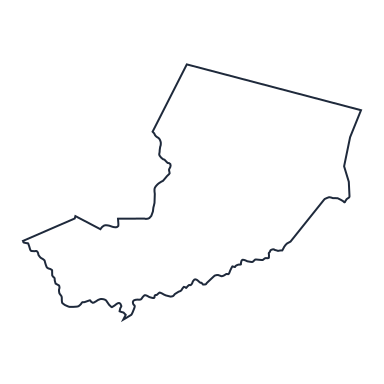 San Marcos de Caiquin, Lempira, Honduras (Natural Earth projection)
{"feature_id": "27666195B28555901802935", "entity_name": "San Marcos de Caiquin", "entity_type": "district", "adm_level": 2, "iso_a3": "HND", "parent_name": "Honduras", "parent_adm1": "Lempira", "projection": "natural_earth1", "projection_center": [-88.626, 14.387], "detail": "fine", "context": "isolated", "style": "outline", "palette": "slate", "viewbox_px": 384, "rotation_deg": 0, "n_neighbors": 0, "source": "geoboundaries", "source_scale": "gbopen_adm2", "svg_char_len": 5893}
<svg xmlns="http://www.w3.org/2000/svg" viewBox="0 0 384 384"><path d="M186.8,64.4L152.6,131.7L154.2,133.4L155.0,135.1L155.9,136.2L156.9,137.0L158.4,137.9L159.2,138.7L159.8,139.6L160.3,140.8L160.6,141.7L160.8,142.6L160.8,144.1L160.6,145.6L160.2,146.7L159.7,150.1L159.6,152.0L159.2,154.2L159.5,155.5L161.1,157.6L163.0,159.2L164.5,159.7L166.2,161.5L167.6,162.9L169.2,163.2L170.3,164.1L170.6,165.6L170.3,167.0L169.2,169.1L169.0,169.9L169.2,171.0L169.5,172.4L169.6,173.3L169.0,174.2L166.9,176.2L166.0,177.3L163.8,179.9L162.8,181.0L161.6,181.5L160.2,182.4L158.8,183.3L157.5,184.4L156.5,185.5L155.8,186.3L154.9,187.7L154.5,189.1L154.5,191.3L154.8,194.0L154.5,202.9L153.9,205.6L153.4,207.5L152.9,211.5L151.3,215.9L149.4,218.0L148.1,218.6L146.8,218.8L145.8,218.9L144.4,218.6L118.0,218.7L118.4,224.2L118.3,225.9L117.4,226.8L116.4,227.2L115.7,227.3L113.8,227.1L112.5,226.8L109.3,225.7L107.7,225.4L105.8,225.2L104.2,225.5L103.0,226.3L102.0,227.1L101.2,228.1L100.4,229.2L75.4,216.1L74.7,218.5L23.0,240.9L23.2,241.3L23.3,242.0L23.5,242.3L23.7,242.5L24.4,242.7L25.9,243.0L26.7,243.2L27.7,243.2L28.0,243.3L28.2,243.5L28.7,244.9L29.2,246.3L30.1,249.4L30.5,250.2L30.7,250.5L30.9,250.7L31.2,250.9L31.5,251.0L33.0,251.1L34.5,251.2L35.8,251.0L36.3,251.0L36.8,251.2L37.1,251.5L37.6,252.1L37.9,252.6L38.1,253.2L38.3,254.2L38.5,255.0L39.1,255.9L39.8,256.8L40.3,257.4L40.9,257.9L43.1,259.2L44.2,260.1L44.5,260.4L44.7,260.9L45.1,262.5L45.7,264.5L46.5,266.7L46.9,267.4L47.2,267.7L48.1,268.3L48.9,268.6L50.0,268.9L50.5,269.1L51.3,269.6L52.0,270.1L52.1,270.3L52.1,270.9L52.2,275.3L52.5,275.9L53.1,276.7L53.5,277.1L54.2,277.6L54.4,277.9L54.5,278.2L54.7,278.9L54.7,280.1L54.9,281.0L55.2,282.2L55.6,283.6L58.9,285.4L59.0,285.5L59.2,285.9L59.4,286.8L59.5,287.7L59.4,288.3L59.0,289.7L59.0,290.6L59.1,291.8L59.3,292.9L59.4,293.3L59.9,294.1L61.2,295.8L61.4,296.2L61.6,296.6L61.7,297.2L61.8,297.8L61.8,300.0L61.9,301.2L62.0,302.2L62.2,302.7L62.3,303.0L62.6,303.3L63.9,304.3L64.9,305.0L66.2,305.6L68.0,306.4L69.2,306.8L69.9,306.9L72.8,306.9L75.8,306.7L77.0,306.6L77.8,306.4L78.3,306.3L78.8,306.0L79.3,305.6L79.9,305.1L80.9,304.1L81.9,302.6L82.2,302.4L82.5,302.2L82.9,302.2L83.9,302.2L84.6,302.1L89.2,300.5L89.9,300.3L90.2,300.4L90.3,300.5L90.8,301.3L91.3,301.9L92.7,302.7L92.9,302.8L93.2,302.7L94.0,302.5L95.0,301.9L95.9,301.4L97.4,300.4L98.4,299.8L99.3,299.5L100.0,299.2L100.9,299.0L101.6,299.0L102.7,299.1L103.8,299.3L104.9,299.7L105.8,300.2L106.2,300.6L109.1,304.8L110.8,306.4L111.3,306.9L111.7,307.1L112.0,307.1L113.0,306.5L114.6,305.5L116.5,304.0L117.7,303.3L118.4,303.1L118.9,303.0L119.4,303.1L119.8,303.3L120.2,303.7L120.6,304.2L121.0,305.2L121.3,305.9L121.3,306.2L121.3,306.4L121.1,306.8L120.6,307.6L120.3,308.2L119.8,310.2L119.6,311.2L119.6,311.3L121.5,312.0L123.4,312.5L123.6,312.6L124.8,313.9L125.7,314.7L125.7,314.9L123.3,319.6L125.9,318.1L129.5,315.9L131.3,314.8L131.6,314.4L132.6,312.4L133.6,309.9L134.3,308.1L134.6,307.1L134.7,306.6L134.7,306.1L134.6,305.6L134.4,305.3L133.8,304.9L133.5,304.5L133.2,303.9L133.0,303.1L132.9,302.5L132.9,301.9L133.1,301.4L133.4,300.9L133.8,300.5L134.3,300.2L135.6,299.8L137.3,299.6L139.0,299.7L139.6,299.7L140.1,299.6L140.8,299.4L141.2,299.1L141.6,298.7L142.5,297.3L143.3,296.4L144.1,295.6L144.6,295.3L144.8,295.2L145.2,295.2L146.4,295.5L147.5,296.0L149.0,296.9L150.1,297.3L152.3,297.9L153.1,298.0L153.8,298.0L154.2,297.8L154.4,297.4L154.6,297.0L154.5,296.4L154.6,296.0L154.8,295.6L155.1,295.3L155.3,295.1L155.6,295.0L156.0,295.0L156.5,295.0L156.8,294.9L158.0,293.8L159.2,292.8L159.5,292.6L159.8,292.6L160.5,292.8L161.2,293.1L162.1,293.5L163.8,294.5L165.8,295.4L166.6,295.6L170.5,296.6L171.3,296.5L172.4,296.3L173.1,296.0L173.3,295.9L174.1,295.0L174.7,294.2L175.1,293.9L178.3,291.9L179.1,291.5L180.3,291.1L181.0,290.6L181.5,290.1L182.0,289.2L182.6,288.3L183.6,287.1L183.8,286.9L184.0,286.9L185.1,287.2L185.5,287.4L185.9,287.8L186.1,287.9L186.5,287.6L187.0,287.0L187.6,286.3L188.8,285.2L189.0,285.1L189.4,285.0L189.9,285.1L190.3,285.1L190.5,285.1L190.9,284.9L191.5,284.3L192.1,283.4L192.3,282.9L192.8,281.6L193.3,280.8L194.1,279.9L194.4,279.6L194.7,279.5L195.2,279.4L195.6,279.4L196.2,279.6L196.9,279.9L198.1,280.8L199.5,282.1L200.0,282.5L200.9,282.9L201.1,282.9L201.5,282.8L202.3,283.7L203.0,284.5L204.2,284.5L205.4,284.4L205.7,284.3L206.1,284.0L206.7,283.1L207.2,282.6L210.9,279.1L213.8,276.4L214.5,275.8L215.0,275.5L215.8,275.3L216.5,275.1L218.0,275.0L219.5,275.5L221.4,276.2L221.8,276.2L222.7,276.0L223.7,275.6L225.2,274.7L226.3,274.0L227.2,274.0L228.1,274.2L228.4,274.1L228.7,273.9L229.1,273.3L229.5,272.4L230.1,270.8L230.5,269.9L231.7,267.5L232.3,266.5L232.4,266.4L234.7,267.0L234.9,267.0L235.1,266.9L235.4,266.3L235.6,266.0L236.6,265.3L237.2,265.1L237.9,264.8L238.6,264.6L240.0,264.6L240.5,264.5L240.8,264.4L241.0,264.0L240.9,263.3L241.0,262.7L241.4,261.1L241.6,260.7L241.9,260.3L242.2,260.0L242.5,259.8L242.8,259.8L243.2,259.8L244.2,260.0L245.5,260.4L246.9,261.1L247.4,261.3L250.9,261.9L252.1,262.0L252.4,261.9L252.9,261.7L254.9,259.8L255.2,259.6L255.5,259.5L256.4,259.5L258.1,259.7L261.6,260.0L262.4,260.0L262.7,260.0L263.0,259.8L264.4,258.7L265.2,258.2L265.9,258.1L267.7,258.2L268.6,258.0L268.8,257.8L268.9,257.6L268.9,257.0L269.0,255.2L268.8,253.7L268.8,253.2L269.0,252.8L269.5,252.3L269.8,251.9L270.0,251.5L270.3,250.8L270.4,250.5L270.7,250.2L271.0,250.0L271.6,249.7L272.3,249.5L273.0,249.3L273.6,249.3L274.0,249.4L274.4,249.8L274.7,249.9L276.9,250.5L277.5,250.7L278.0,250.9L279.0,250.7L280.1,250.5L282.3,250.4L283.4,248.4L284.2,246.8L285.6,244.9L287.0,243.5L290.5,241.6L323.9,199.9L324.7,199.0L326.9,198.0L328.8,197.3L329.1,197.2L329.8,197.3L331.0,197.5L332.8,198.1L333.1,198.1L337.4,198.2L337.8,198.3L338.6,198.7L340.8,199.8L343.0,201.1L343.6,201.6L344.2,202.2L344.5,202.3L344.9,202.1L345.5,200.9L346.7,199.1L348.9,197.6L349.2,197.3L349.4,196.8L349.5,196.3L348.8,181.8L344.1,166.3L350.1,137.2L361.0,110.2L186.8,64.4Z" fill="none" stroke="#1e293b" stroke-width="2"/></svg>